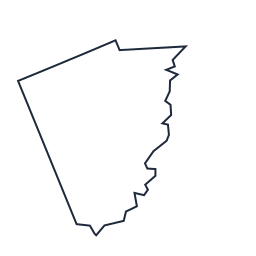 outline of Upson, Georgia, United States of America, rotated 247°
{"feature_id": "52423323B58492506722006", "entity_name": "Upson", "entity_type": "district", "adm_level": 2, "iso_a3": "USA", "parent_name": "United States of America", "parent_adm1": "Georgia", "projection": "equal_earth", "projection_center": [-84.356, 32.842], "detail": "fine", "context": "isolated", "style": "outline", "palette": "slate", "viewbox_px": 256, "rotation_deg": 247, "n_neighbors": 0, "source": "geoboundaries", "source_scale": "gbopen_adm2", "svg_char_len": 595}
<svg xmlns="http://www.w3.org/2000/svg" viewBox="0 0 256 256"><g transform="rotate(247 128 128)"><path d="M145.4,180.7L155.3,185.3L157.9,194.6L166.6,185.9L166.4,195.1L173.2,195.7L180.6,212.9L203.0,150.7L213.6,150.8L213.6,123.6L213.9,77.3L214.3,45.2L152.1,44.4L59.6,43.1L53.0,54.8L44.0,55.9L41.7,56.8L47.5,68.3L44.2,87.8L51.9,93.5L52.5,105.6L65.7,108.6L59.9,116.5L63.4,122.2L69.1,121.7L73.3,134.6L79.5,137.2L83.1,130.0L88.8,129.8L96.7,142.4L101.2,158.6L105.7,163.0L115.5,166.1L118.8,161.5L123.1,172.8L132.7,176.2L138.4,172.9L145.4,180.7Z" fill="none" stroke="#1e293b" stroke-width="2"/></g></svg>